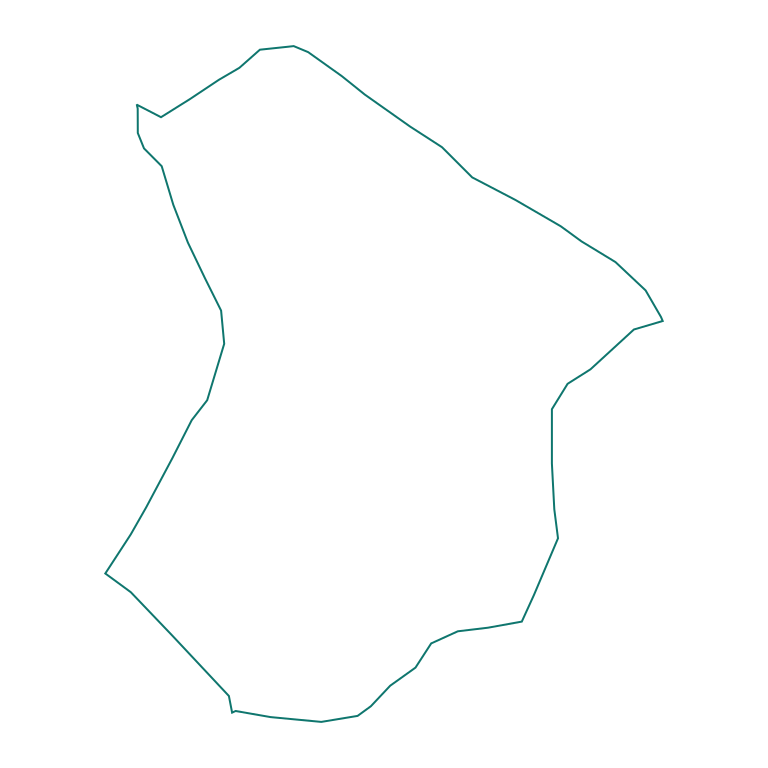 outline of Solna, Stockholm, Sweden
{"feature_id": "70781695B78362616734409", "entity_name": "Solna", "entity_type": "district", "adm_level": 2, "iso_a3": "SWE", "parent_name": "Sweden", "parent_adm1": "Stockholm", "projection": "orthographic", "projection_center": [18.004, 59.371], "detail": "fine", "context": "isolated", "style": "outline", "palette": "teal", "viewbox_px": 768, "rotation_deg": 0, "n_neighbors": 0, "source": "geoboundaries", "source_scale": "gbopen_adm2", "svg_char_len": 850}
<svg xmlns="http://www.w3.org/2000/svg" viewBox="0 0 768 768"><path d="M662.7,321.0L661.0,317.0L645.6,290.4L615.5,262.1L581.5,241.4L560.8,226.3L515.5,200.0L472.2,177.4L442.0,147.2L410.0,126.5L364.7,94.5L341.9,76.2L308.1,52.1L293.7,46.1L287.4,46.8L259.9,49.7L239.4,67.8L218.9,79.8L189.9,99.1L161.0,117.2L137.2,104.9L136.9,105.1L137.7,108.6L137.8,133.0L144.0,148.4L161.7,166.2L173.3,204.8L187.9,242.6L204.9,278.1L221.1,310.6L224.2,343.8L207.2,400.2L191.7,420.2L172.4,458.1L146.1,507.5L130.7,534.5L105.3,573.5L130.8,592.2L172.3,635.6L228.9,696.0L232.1,712.6L235.6,711.0L270.6,717.1L321.3,721.9L357.6,715.9L370.9,706.2L390.2,685.7L415.5,667.6L431.2,643.4L457.8,631.3L488.0,627.7L521.8,621.6L533.9,595.1L558.0,538.3L554.3,509.3L551.9,463.5L551.9,409.2L567.6,383.8L590.5,369.3L633.9,329.5L662.7,321.0Z" fill="none" stroke="#0f766e" stroke-width="2"/></svg>